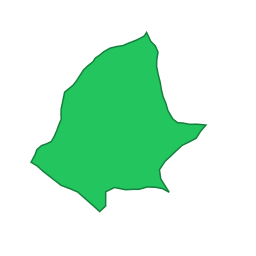 outline of Knodara, Cyprus, rotated 218°
{"feature_id": "46923920B61069170158691", "entity_name": "Knodara", "entity_type": "district", "adm_level": 2, "iso_a3": "CYP", "parent_name": "Cyprus", "parent_adm1": "", "projection": "albers", "projection_center": [33.657, 35.266], "detail": "fine", "context": "isolated", "style": "filled", "palette": "green", "viewbox_px": 256, "rotation_deg": 218, "n_neighbors": 0, "source": "geoboundaries", "source_scale": "gbopen_adm2", "svg_char_len": 1065}
<svg xmlns="http://www.w3.org/2000/svg" viewBox="0 0 256 256"><g transform="rotate(218 128 128)"><path d="M183.3,41.3L176.5,42.2L167.8,41.6L160.4,41.6L153.5,41.6L145.5,41.6L135.5,44.7L128.1,46.6L117.5,45.9L106.3,45.3L98.9,44.7L97.6,52.8L106.3,64.0L102.0,72.8L92.0,77.8L86.4,82.7L81.5,86.5L76.5,93.4L69.7,98.3L63.4,101.5L56.0,102.7L70.8,108.0L77.5,114.4L78.3,124.4L76.3,137.6L74.7,147.6L71.6,153.9L68.0,161.9L68.8,170.3L68.4,178.3L71.9,176.1L75.9,173.5L81.9,168.7L87.5,165.9L92.2,162.7L98.2,162.7L107.3,166.3L113.3,170.7L119.7,174.3L125.2,178.7L130.4,183.5L137.6,189.1L143.5,194.3L147.1,199.1L151.1,206.3L157.1,209.5L163.4,210.3L172.2,214.7L171.8,210.7L173.4,206.7L175.8,201.9L180.1,194.7L182.9,189.5L186.5,185.9L191.3,179.9L194.1,173.1L195.2,167.9L196.8,163.1L196.4,158.7L198.0,151.9L198.8,146.4L198.4,142.0L197.6,132.8L197.6,128.0L200.0,117.2L197.6,112.4L194.8,106.8L192.5,102.0L189.3,97.6L186.1,94.0L184.1,86.8L182.5,82.1L180.9,75.7L180.1,70.1L182.5,65.3L185.3,60.9L186.5,54.9L184.9,50.1L183.3,41.3Z" fill="#22c55e" stroke="#15803d" stroke-width="1.5"/></g></svg>